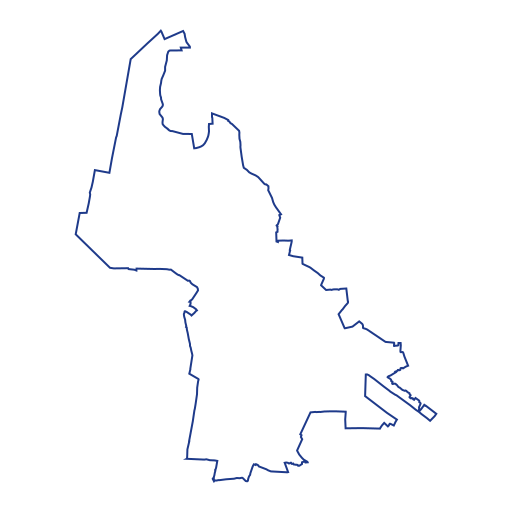 outline of Ion Corvin, Constanta, Romania
{"feature_id": "2599482B50527625942304", "entity_name": "Ion Corvin", "entity_type": "district", "adm_level": 2, "iso_a3": "ROU", "parent_name": "Romania", "parent_adm1": "Constanta", "projection": "albers", "projection_center": [27.813, 44.131], "detail": "fine", "context": "isolated", "style": "outline", "palette": "blue", "viewbox_px": 512, "rotation_deg": 0, "n_neighbors": 0, "source": "geoboundaries", "source_scale": "gbopen_adm2", "svg_char_len": 6072}
<svg xmlns="http://www.w3.org/2000/svg" viewBox="0 0 512 512"><path d="M110.0,267.8L113.8,268.4L128.1,268.2L128.4,268.9L128.7,269.1L134.3,269.7L136.4,270.5L136.5,268.6L154.4,269.0L159.5,268.9L166.9,269.2L169.4,269.7L170.9,269.6L175.8,273.3L177.5,274.5L178.7,275.1L179.3,275.1L187.9,280.8L189.2,280.6L189.8,281.0L190.1,281.2L190.5,282.4L191.2,283.2L192.4,284.3L197.0,287.1L197.8,288.7L198.0,290.4L196.2,293.3L192.2,299.3L191.3,300.1L190.4,300.5L189.5,301.7L190.5,301.8L190.6,303.2L190.4,304.3L189.7,305.9L191.0,306.2L193.3,307.2L196.0,309.2L196.9,310.4L196.0,311.0L194.4,312.9L191.5,315.5L190.7,314.6L189.0,313.5L186.6,311.9L185.0,311.2L184.6,311.5L184.4,312.8L183.9,313.9L183.9,314.7L184.2,316.7L184.7,318.4L185.1,319.6L185.4,322.4L186.3,326.2L186.0,327.0L186.7,327.6L186.9,329.7L187.7,333.0L188.8,339.1L190.0,344.0L190.0,345.9L190.7,347.7L191.2,350.3L192.1,353.8L192.4,355.4L190.3,368.8L190.4,369.1L189.3,373.7L198.4,379.0L198.6,379.5L198.1,381.4L197.2,387.6L197.0,394.3L195.6,404.0L194.8,408.9L194.4,410.4L192.8,421.3L189.1,441.1L189.3,441.2L187.4,449.4L187.2,456.0L187.0,458.7L186.8,458.8L204.3,459.6L206.4,459.3L209.8,460.2L214.6,460.4L217.3,460.9L216.1,467.7L215.6,469.3L215.3,469.6L215.1,470.1L215.4,470.6L214.8,472.8L214.3,475.6L213.9,476.7L213.8,478.4L212.9,478.4L212.7,478.8L214.0,481.3L214.9,480.3L215.3,480.5L216.7,480.5L218.5,480.1L219.9,480.1L226.0,479.3L234.1,478.7L236.8,478.0L239.6,478.2L241.7,477.8L242.3,477.8L242.8,478.1L245.7,481.0L247.1,481.3L247.6,481.0L247.9,480.7L248.2,478.9L248.8,477.0L249.4,475.8L250.1,474.9L250.4,473.1L252.6,466.7L253.1,465.6L253.9,464.3L255.6,465.0L256.0,464.2L257.2,464.7L258.3,465.4L258.6,466.1L258.8,466.4L266.4,469.3L268.1,470.3L270.9,471.4L287.3,472.3L288.1,472.1L284.7,462.8L286.1,462.5L287.9,462.8L288.9,463.5L289.9,463.3L290.4,462.8L291.0,462.7L291.3,463.0L291.6,463.6L291.9,463.9L293.2,463.6L293.4,464.2L293.9,464.5L294.6,464.5L296.0,464.8L296.2,464.7L297.6,464.9L297.9,465.6L298.8,465.8L299.4,465.7L302.0,464.0L302.0,462.3L304.5,461.4L305.4,462.5L307.6,462.3L307.4,461.8L303.7,459.6L301.8,457.7L299.2,454.5L297.4,451.2L297.1,450.5L302.2,439.2L300.9,437.0L301.5,435.2L300.3,434.3L310.5,412.4L315.3,411.9L316.2,412.1L319.6,411.9L320.3,412.0L324.3,411.5L331.2,411.3L335.2,411.3L345.7,411.7L345.7,412.7L345.2,419.4L345.6,428.3L362.0,428.1L380.0,428.6L380.3,427.9L381.9,425.5L384.2,422.9L387.9,426.4L388.7,425.6L389.7,423.8L390.0,423.8L390.4,423.8L393.8,425.5L395.6,421.7L396.9,419.6L386.9,412.8L365.1,396.1L365.8,374.5L367.0,374.4L368.7,375.1L370.0,376.1L374.2,379.0L383.6,386.4L389.2,390.6L390.3,391.6L395.3,394.8L396.5,395.3L410.1,405.2L415.7,409.7L419.1,412.0L421.4,414.0L426.9,418.1L430.1,420.8L434.6,416.2L436.3,413.8L425.9,405.8L425.5,405.9L425.0,405.7L424.9,405.5L424.9,405.2L424.3,404.8L421.1,409.2L419.9,410.5L419.0,409.6L419.2,408.0L419.0,407.3L420.6,403.7L420.5,403.2L420.2,402.8L419.3,402.2L419.3,400.9L418.9,400.4L415.5,398.0L414.1,399.8L413.2,399.3L413.3,398.7L412.7,398.3L411.7,398.0L411.2,398.4L410.7,398.3L409.6,397.4L409.5,397.1L410.6,395.2L409.6,394.1L409.5,393.3L409.3,393.1L408.1,392.5L406.6,391.3L406.4,390.9L405.5,390.5L404.8,390.8L402.4,389.9L399.7,387.6L398.5,387.1L396.8,384.9L396.1,384.5L395.8,384.0L394.9,383.6L392.6,384.0L392.3,383.8L392.1,383.1L392.6,382.0L392.4,381.6L391.2,381.0L391.1,379.8L390.8,379.4L390.0,378.7L387.8,377.4L387.6,377.2L387.7,376.9L388.6,376.2L390.5,375.5L395.9,372.2L395.4,371.6L397.5,370.8L397.8,370.0L398.1,369.9L399.3,370.2L399.7,370.2L400.3,369.8L400.4,369.6L400.5,368.4L400.8,368.1L402.1,367.9L403.0,368.4L405.7,366.7L408.1,365.7L404.4,356.5L403.4,353.2L403.0,352.3L402.3,352.0L400.9,352.2L400.5,351.9L400.4,350.9L400.8,345.3L400.6,343.0L398.5,343.0L398.3,345.3L397.0,345.7L395.6,345.7L394.3,346.0L394.0,345.9L394.0,345.5L394.2,343.0L394.0,342.7L385.5,341.9L367.1,329.5L365.8,328.9L363.2,328.1L363.0,327.6L363.0,326.0L362.8,325.0L362.5,324.3L362.0,323.7L359.2,321.4L352.5,326.6L345.3,328.2L344.8,328.3L344.6,328.1L338.6,314.2L342.0,309.9L342.5,309.5L345.1,306.0L347.7,303.1L348.0,302.5L348.0,301.3L347.8,301.1L346.3,288.5L340.2,288.9L338.8,289.8L337.8,289.4L336.2,289.3L333.3,289.4L331.5,289.9L330.2,289.6L326.1,290.0L321.1,285.3L321.2,284.8L323.8,278.9L324.0,277.9L323.9,277.7L320.3,275.4L317.8,273.1L313.8,270.3L310.7,267.9L309.6,267.2L302.8,264.0L302.5,263.7L302.3,257.6L293.1,256.2L289.0,255.0L290.1,250.6L289.8,250.5L289.8,249.9L291.4,243.0L291.7,241.6L291.7,240.4L288.6,240.7L283.4,240.5L278.0,240.7L277.9,242.0L276.5,241.5L276.2,232.4L277.5,231.8L277.5,229.9L277.6,229.6L277.3,226.9L277.5,226.5L276.6,225.6L276.8,225.2L277.4,224.9L278.0,224.0L280.2,217.7L279.3,215.1L281.0,214.3L275.9,207.2L274.3,204.6L273.2,202.1L272.0,197.9L268.2,190.2L268.5,188.3L268.4,186.2L266.3,184.4L265.3,184.4L264.3,183.8L258.2,177.1L255.6,175.4L251.5,173.6L249.2,172.3L246.9,169.9L243.8,167.8L243.1,165.2L241.7,156.9L240.5,148.0L240.4,146.9L240.5,145.2L240.3,141.8L239.5,138.8L239.3,134.8L239.4,132.6L239.1,130.8L232.1,124.1L231.4,123.6L230.6,123.3L229.3,121.5L228.1,120.8L228.2,120.0L224.2,117.9L212.0,113.4L212.0,117.1L212.3,117.8L212.6,123.7L209.0,124.0L208.8,126.9L209.0,131.4L208.7,133.6L208.3,135.7L207.8,137.2L206.7,139.9L204.8,143.3L203.1,145.2L201.2,146.4L199.3,147.2L196.1,148.1L194.2,148.3L191.8,134.0L182.9,133.9L172.4,131.1L170.5,131.0L169.0,130.2L167.9,129.2L168.1,129.2L167.7,128.8L165.0,126.9L163.4,125.2L162.6,124.0L162.5,122.2L162.9,119.1L162.5,117.6L159.6,114.0L159.3,112.1L159.3,111.2L160.0,109.2L162.1,106.8L162.6,106.0L162.9,104.9L162.7,103.8L161.1,99.3L161.0,97.5L160.3,95.5L160.1,93.9L159.9,90.2L160.1,86.9L161.0,83.1L161.3,80.7L161.7,78.9L163.2,75.5L165.1,70.7L165.1,66.9L166.8,60.4L167.1,55.2L168.3,51.6L169.5,50.6L170.3,50.5L181.6,50.4L180.8,47.6L189.9,47.6L189.9,46.8L189.7,46.4L186.7,42.4L186.3,41.5L185.1,37.0L184.6,33.8L183.1,31.0L164.6,39.1L161.4,31.6L160.8,30.7L157.9,33.8L147.6,43.2L130.7,59.1L122.3,107.3L120.8,114.4L116.7,136.0L116.1,137.4L112.0,158.1L109.4,172.8L94.9,170.1L92.8,181.8L91.5,187.5L89.8,192.6L90.2,194.5L89.9,196.8L88.7,203.5L86.6,212.8L79.7,213.0L75.7,234.3L110.0,267.8Z" fill="none" stroke="#1e3a8a" stroke-width="2"/></svg>